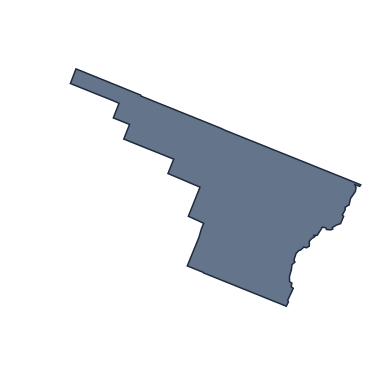 Deschutes, Oregon, United States of America (Robinson projection), rotated 202°
{"feature_id": "52423323B1877427003284", "entity_name": "Deschutes", "entity_type": "district", "adm_level": 2, "iso_a3": "USA", "parent_name": "United States of America", "parent_adm1": "Oregon", "projection": "robinson", "projection_center": [-121.474, 44.002], "detail": "fine", "context": "isolated", "style": "filled", "palette": "slate", "viewbox_px": 384, "rotation_deg": 202, "n_neighbors": 0, "source": "geoboundaries", "source_scale": "gbopen_adm2", "svg_char_len": 932}
<svg xmlns="http://www.w3.org/2000/svg" viewBox="0 0 384 384"><g transform="rotate(202 192 192)"><path d="M168.7,121.7L151.4,121.7L151.0,121.3L61.8,121.4L61.4,126.1L62.7,127.7L62.0,140.7L64.5,141.3L65.2,144.9L67.9,145.4L70.0,150.2L70.7,157.1L72.1,162.1L70.3,165.6L72.0,167.1L72.5,174.0L70.9,177.9L69.6,178.8L67.6,182.9L65.1,183.1L62.9,185.7L64.8,190.3L63.7,193.4L61.4,196.7L62.7,197.5L59.7,198.7L57.9,208.3L54.6,208.9L53.2,207.6L49.3,208.8L47.6,210.3L48.6,211.6L45.6,215.6L42.4,218.3L42.3,226.3L44.0,226.8L43.3,233.1L44.3,235.1L42.4,237.9L41.5,238.8L42.6,245.5L40.7,253.6L41.5,257.5L43.8,259.8L38.6,260.0L38.3,261.9L136.0,261.7L184.5,261.6L188.7,261.9L275.4,261.8L275.7,262.6L345.7,262.7L345.4,247.0L298.7,247.1L292.9,246.9L292.7,231.2L275.2,231.2L275.1,215.5L221.3,215.6L221.2,200.1L186.4,199.5L186.3,168.1L169.5,167.4L169.5,161.4L168.6,152.9L168.6,145.0L168.7,121.7Z" fill="#64748b" stroke="#1e293b" stroke-width="1.5"/></g></svg>